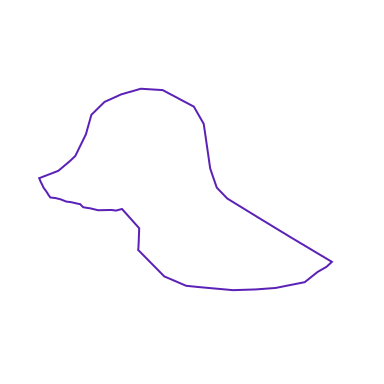 the district of Irepo, Oyo, Nigeria, rotated 13°
{"feature_id": "59680162B43339423021624", "entity_name": "Irepo", "entity_type": "district", "adm_level": 2, "iso_a3": "NGA", "parent_name": "Nigeria", "parent_adm1": "Oyo", "projection": "albers", "projection_center": [3.871, 9.032], "detail": "fine", "context": "isolated", "style": "outline", "palette": "violet", "viewbox_px": 384, "rotation_deg": 13, "n_neighbors": 0, "source": "geoboundaries", "source_scale": "gbopen_adm2", "svg_char_len": 894}
<svg xmlns="http://www.w3.org/2000/svg" viewBox="0 0 384 384"><g transform="rotate(13 192 192)"><path d="M40.0,212.9L42.2,216.0L44.6,218.9L46.5,221.3L49.8,224.1L53.1,227.4L55.2,229.2L60.5,228.6L65.8,228.7L71.5,229.6L76.6,229.1L83.8,229.1L85.8,229.0L87.1,229.9L89.4,231.3L93.1,231.1L97.0,230.8L104.6,230.9L117.6,227.6L122.1,227.2L122.7,226.9L127.6,224.3L148.7,239.2L150.5,248.5L152.2,257.6L152.6,260.6L184.0,280.5L207.4,284.7L220.1,283.1L254.1,278.4L276.0,272.6L295.0,266.7L322.1,254.5L332.4,241.6L339.9,234.6L344.0,228.6L298.9,214.1L288.3,210.6L262.9,202.2L238.5,194.0L227.8,190.4L215.2,182.2L208.4,171.4L204.4,164.9L192.6,134.5L188.1,123.0L174.6,108.4L168.6,106.8L161.0,104.8L140.5,99.3L118.9,102.9L109.6,108.1L108.6,108.6L100.9,112.9L86.5,123.9L76.6,139.4L75.8,156.1L75.7,159.4L72.1,174.9L70.2,183.1L66.1,189.3L57.0,201.4L40.0,212.9Z" fill="none" stroke="#5b21b6" stroke-width="2"/></g></svg>